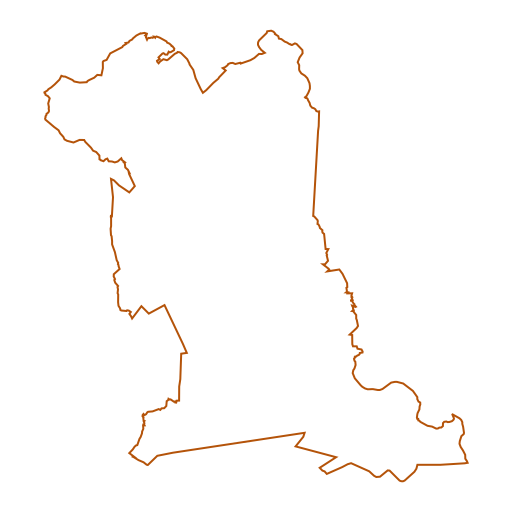 Baia, Tulcea, Romania (Equal Earth projection)
{"feature_id": "2599482B30958520247862", "entity_name": "Baia", "entity_type": "district", "adm_level": 2, "iso_a3": "ROU", "parent_name": "Romania", "parent_adm1": "Tulcea", "projection": "equal_earth", "projection_center": [28.628, 44.749], "detail": "fine", "context": "isolated", "style": "outline", "palette": "amber", "viewbox_px": 512, "rotation_deg": 0, "n_neighbors": 0, "source": "geoboundaries", "source_scale": "gbopen_adm2", "svg_char_len": 5919}
<svg xmlns="http://www.w3.org/2000/svg" viewBox="0 0 512 512"><path d="M147.8,465.0L157.3,455.8L173.0,452.7L304.6,432.8L303.3,436.8L295.6,446.4L336.1,457.2L319.7,467.8L322.4,470.6L324.6,471.4L326.8,473.9L342.2,467.1L347.7,464.2L351.1,463.2L369.2,471.3L374.1,475.8L376.3,477.0L380.0,476.7L387.7,470.4L389.6,470.6L399.6,480.6L401.2,481.2L402.9,481.3L404.6,480.6L414.4,471.8L416.4,468.7L417.4,464.8L440.3,464.8L464.7,463.3L467.6,462.8L466.9,461.1L465.3,458.7L465.2,454.8L463.0,450.5L460.7,447.0L459.5,443.8L459.8,441.1L461.4,436.1L463.7,434.1L464.0,432.9L463.1,426.7L462.3,423.9L462.3,422.2L461.2,419.9L459.5,418.3L452.6,414.4L452.4,414.6L453.9,418.2L453.9,419.0L453.3,420.0L451.9,421.2L449.3,422.0L447.6,422.1L446.3,421.5L444.2,421.8L443.0,423.1L442.9,426.1L441.3,427.5L439.3,427.6L437.9,428.5L436.2,428.6L432.1,426.6L427.5,425.8L420.4,421.9L419.3,420.7L418.3,420.4L418.2,418.9L417.3,418.9L416.9,417.6L417.3,414.4L417.6,413.1L419.4,409.4L419.6,406.5L420.3,404.4L420.2,402.5L418.5,401.6L417.3,399.1L417.3,397.1L412.9,390.9L403.2,383.5L397.0,381.9L394.7,381.9L391.2,382.6L382.5,389.0L379.8,390.0L377.8,390.0L372.8,389.1L367.8,389.3L365.1,388.5L362.3,386.8L360.7,385.3L354.8,378.3L352.7,373.1L353.3,370.2L354.4,368.6L355.6,365.0L355.3,361.7L354.5,360.8L354.0,358.8L354.8,357.8L354.7,357.1L355.1,356.6L355.6,356.9L357.5,355.4L358.6,355.1L359.6,354.1L359.8,353.0L362.5,352.5L362.6,351.5L361.5,349.5L357.5,348.7L356.7,346.3L353.0,346.3L352.3,344.2L352.2,335.0L349.7,334.6L356.7,328.0L358.0,326.0L356.8,320.0L356.2,318.6L356.2,315.0L353.7,311.9L353.8,311.1L352.2,311.0L353.5,309.7L353.0,308.5L353.0,306.6L352.4,306.4L352.1,305.6L354.3,306.2L355.2,307.0L355.9,306.7L354.4,305.0L354.4,304.2L353.6,303.5L352.4,301.6L352.4,300.8L351.0,300.7L351.0,300.3L352.6,300.0L351.5,297.3L352.2,297.0L351.4,295.8L352.1,293.3L347.2,293.4L347.2,293.0L348.7,292.9L348.6,292.3L346.3,292.3L346.8,291.9L346.9,290.9L346.4,287.8L347.3,287.1L347.1,283.2L342.5,273.8L339.3,269.5L327.3,271.4L329.2,269.6L328.7,268.8L322.9,264.3L325.0,264.3L328.0,260.8L326.7,255.4L327.1,254.9L326.3,253.0L328.3,249.1L325.6,249.0L324.1,233.9L322.6,232.7L322.3,231.8L322.4,230.2L319.9,228.0L319.6,226.6L318.5,224.5L317.5,224.0L317.8,221.1L317.5,220.1L314.3,216.5L313.2,216.0L318.1,130.7L318.7,126.2L319.1,111.4L318.0,111.6L316.4,111.1L315.3,109.2L313.8,108.2L312.1,107.7L310.3,105.6L309.6,102.9L308.1,100.3L307.5,98.7L306.8,98.1L305.5,97.9L305.0,97.3L306.4,96.2L308.4,92.6L309.9,88.8L309.9,86.0L309.5,83.2L307.3,78.2L304.9,75.7L301.3,73.4L299.4,70.6L299.1,69.2L299.2,65.2L297.7,62.2L299.6,57.5L302.6,53.3L302.4,50.1L296.6,44.0L294.9,43.4L292.0,45.0L291.2,44.9L290.5,44.2L289.6,44.2L287.0,42.5L284.7,41.6L281.4,39.1L278.9,38.6L278.3,36.2L275.0,34.1L275.2,33.6L273.5,31.7L271.2,30.7L267.2,31.3L266.7,33.0L259.1,40.4L258.2,42.1L258.0,43.1L258.0,44.8L259.1,47.1L261.2,49.9L264.8,52.8L261.8,54.0L259.0,53.9L254.3,58.0L250.4,60.2L240.6,63.6L240.4,63.3L240.8,62.9L240.4,62.7L235.3,64.0L232.7,62.9L230.4,63.1L228.1,64.1L227.6,65.2L225.1,67.2L222.7,68.1L225.7,70.5L219.1,77.3L218.3,78.7L213.3,82.9L206.2,90.2L202.9,92.8L200.7,89.0L195.6,78.2L193.3,69.9L189.6,64.5L189.4,63.5L187.2,59.2L181.1,53.1L179.7,52.3L177.6,52.0L177.0,52.8L174.8,53.8L168.2,59.5L166.9,60.2L163.4,59.2L160.1,61.5L158.6,63.3L157.2,61.7L157.0,60.8L159.7,59.0L158.5,57.4L162.5,53.5L163.6,53.2L165.3,54.6L167.3,54.6L168.7,51.7L169.8,52.4L171.0,52.0L174.0,50.2L174.3,48.6L172.5,46.3L171.6,46.1L171.5,45.5L169.4,43.6L167.1,42.6L166.5,41.4L159.6,37.6L156.5,36.5L155.6,36.9L155.2,37.7L154.3,36.7L153.7,36.6L153.9,37.2L152.6,37.8L151.3,37.5L149.8,38.1L148.7,37.9L147.5,38.7L147.0,39.7L146.8,39.3L147.1,38.7L146.0,37.6L146.2,36.1L145.2,35.5L146.2,34.4L146.7,34.4L146.9,33.7L144.5,32.9L140.6,33.6L140.4,33.4L136.4,35.5L132.7,38.6L132.3,39.4L129.5,40.9L128.5,42.5L125.6,43.0L126.2,43.9L123.0,45.9L122.3,47.1L110.2,53.4L106.6,59.9L103.5,61.0L102.8,62.0L102.9,68.2L101.4,75.3L97.3,74.9L94.2,77.7L89.3,80.0L87.6,81.0L86.7,82.2L79.8,82.6L74.2,81.5L72.5,80.0L65.2,76.6L63.4,76.5L61.4,75.8L59.5,79.6L54.7,84.4L51.2,87.4L48.4,89.2L47.4,90.5L44.4,92.3L44.5,92.9L45.3,93.5L45.5,94.8L48.0,96.2L49.7,98.3L48.2,103.5L48.9,107.0L48.7,108.4L49.0,111.0L48.4,112.4L46.5,113.9L46.4,115.0L45.5,116.3L45.6,117.1L45.1,118.5L45.4,119.6L54.0,126.9L58.6,130.3L60.1,133.3L63.3,136.8L64.5,139.4L67.0,140.8L73.5,142.5L79.6,139.9L84.2,140.0L85.3,141.9L91.0,147.7L93.1,150.7L96.2,152.0L99.4,155.6L99.5,159.3L100.4,159.7L100.6,160.2L103.5,161.2L105.5,159.3L107.3,158.6L108.7,161.3L112.0,161.5L114.8,162.4L117.7,161.5L121.3,158.3L122.1,160.2L124.8,162.2L124.0,162.5L124.8,163.3L125.3,167.5L127.9,169.8L129.1,172.3L128.7,172.1L129.1,174.0L134.8,186.1L129.3,192.4L119.0,185.4L114.0,180.4L111.0,178.9L113.0,197.2L111.9,216.3L110.9,216.0L110.8,216.9L111.1,218.3L111.1,226.2L110.6,228.7L111.0,235.2L111.6,236.2L112.1,241.1L112.1,244.4L114.9,252.1L116.7,260.2L118.2,262.9L117.9,264.1L118.5,265.0L118.6,266.2L119.6,269.0L113.8,274.2L113.7,276.5L115.0,279.1L114.3,280.0L115.2,282.7L118.1,286.0L117.5,287.0L118.0,289.3L117.6,293.2L118.2,294.5L118.1,302.2L118.5,305.8L120.1,308.4L120.4,310.0L121.3,310.5L126.5,311.0L127.1,310.3L128.8,310.6L130.8,312.0L129.4,313.9L131.1,316.3L132.1,318.5L141.4,306.2L148.8,313.6L164.5,305.1L182.9,343.9L186.8,352.9L181.2,353.7L180.3,379.2L179.2,386.5L179.1,400.6L176.6,400.7L176.2,402.6L175.2,402.5L174.8,401.5L173.9,401.7L170.6,399.4L169.7,399.6L168.5,398.8L168.2,400.0L166.7,401.2L166.3,406.0L164.2,408.2L161.5,408.4L160.3,409.9L158.7,409.1L152.6,411.4L148.1,411.8L147.3,412.3L146.1,414.2L144.3,415.2L143.5,414.0L142.7,414.9L142.5,416.2L143.5,417.6L143.3,418.0L143.6,420.7L144.4,421.0L143.8,421.6L144.4,423.2L144.0,424.3L144.3,424.9L143.9,424.8L144.1,425.4L143.1,425.4L143.3,428.8L142.1,431.6L142.0,433.3L140.6,437.1L139.5,438.8L137.3,445.1L136.1,445.4L134.6,446.7L132.8,449.4L129.3,453.1L133.9,456.6L131.7,456.4L133.3,456.9L138.5,460.1L143.6,462.3L146.6,464.7L147.8,465.0Z" fill="none" stroke="#b45309" stroke-width="2"/></svg>